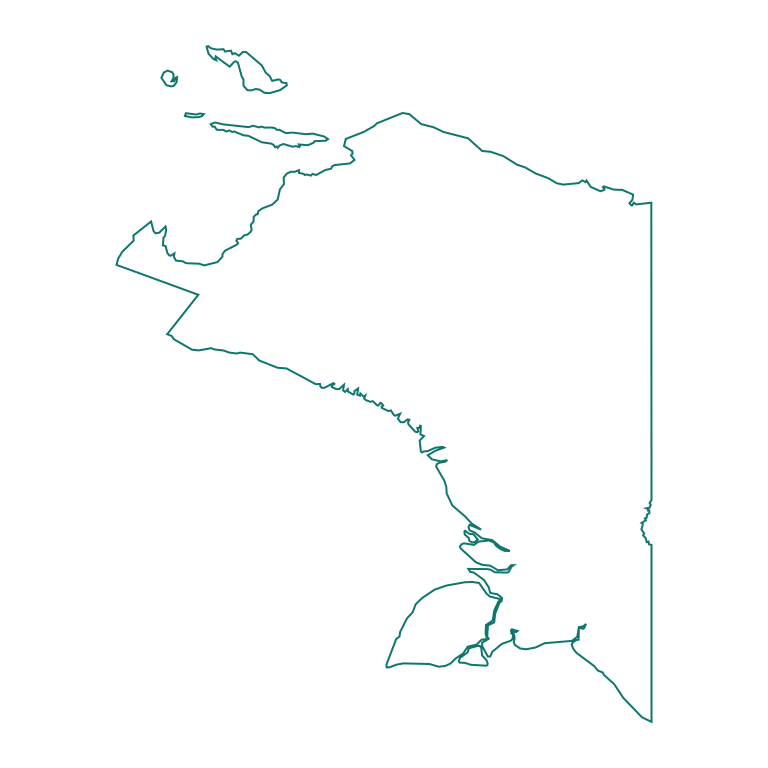 outline of Papua
{"feature_id": "IDN-558", "entity_name": "Papua", "entity_type": "Province", "adm_level": 1, "iso_a3": "IDN", "parent_name": "Indonesia", "parent_adm1": "", "projection": "mercator", "projection_center": [137.674, -4.867], "detail": "fine", "context": "isolated", "style": "outline", "palette": "teal", "viewbox_px": 768, "rotation_deg": 0, "n_neighbors": 0, "source": "natural_earth", "source_scale": "10m", "svg_char_len": 6078}
<svg xmlns="http://www.w3.org/2000/svg" viewBox="0 0 768 768"><path d="M651.3,202.7L651.5,500.0L649.6,503.1L650.7,504.7L649.6,507.7L646.4,508.3L647.8,508.8L648.0,510.5L649.3,510.4L649.4,513.1L647.1,514.5L646.6,517.8L644.9,518.4L645.8,520.3L641.5,523.0L642.6,523.6L642.7,525.1L641.4,529.4L644.2,533.5L643.1,535.4L645.6,538.1L646.7,542.1L648.6,541.6L648.9,544.2L651.5,544.9L651.5,721.9L642.0,717.3L623.3,697.9L614.3,684.3L604.0,675.0L602.8,672.5L597.9,670.6L594.0,665.9L576.5,652.9L573.1,648.6L571.7,644.6L572.4,642.9L575.7,640.3L578.6,639.7L578.8,629.0L580.6,627.8L582.9,628.9L584.2,628.0L586.0,623.9L583.4,626.3L578.9,627.1L577.3,636.8L571.9,640.9L544.7,643.2L535.5,647.5L526.0,649.3L520.0,648.4L514.9,644.9L513.7,642.0L514.6,638.6L514.1,634.4L512.0,631.5L516.0,632.1L517.5,631.0L511.9,629.3L511.0,630.2L511.5,633.5L513.1,634.6L512.5,639.1L510.6,640.8L501.8,643.9L492.5,651.6L490.2,656.5L487.9,656.6L482.2,646.1L482.2,642.6L488.7,638.8L487.2,636.7L487.9,625.4L494.2,622.4L495.2,613.5L499.4,602.9L501.7,600.9L502.0,597.9L497.5,594.3L490.2,592.9L488.7,587.3L484.0,580.0L473.9,572.6L470.2,571.8L468.3,568.9L487.1,569.1L490.3,569.6L495.0,572.3L507.1,572.6L508.5,572.1L511.7,566.5L513.7,565.2L511.0,565.2L507.3,569.4L499.5,570.1L497.6,570.1L490.4,565.7L482.2,564.8L475.8,562.2L460.7,548.5L459.9,546.6L461.4,544.4L463.9,543.3L474.0,544.9L478.6,541.6L489.2,540.5L493.8,542.4L496.1,545.8L500.4,549.0L504.7,550.9L509.9,551.0L500.1,546.6L492.0,540.0L481.8,538.3L474.5,532.4L469.5,530.3L468.5,526.9L469.5,524.8L481.1,529.6L471.6,523.5L465.4,516.7L452.3,505.4L446.7,493.5L446.3,486.9L444.3,480.6L436.1,466.5L436.8,464.2L439.4,462.7L445.2,461.7L447.4,460.1L440.9,461.4L431.9,459.3L427.8,455.2L435.3,450.8L444.1,447.6L442.5,446.9L435.4,447.7L427.4,451.2L423.7,451.4L422.1,452.5L420.9,451.6L419.7,440.5L424.0,436.1L420.4,434.3L420.9,426.2L420.2,425.7L419.4,427.9L417.4,427.9L418.2,431.4L417.3,432.2L415.2,431.7L408.5,424.4L408.0,422.5L409.3,419.7L407.7,419.3L403.7,422.3L400.5,422.1L397.9,418.6L400.1,413.7L395.6,415.7L394.1,415.3L390.8,410.4L388.6,411.1L382.0,408.0L381.5,406.8L383.2,405.5L381.4,403.2L380.5,402.8L378.3,405.5L377.2,405.4L372.8,401.2L370.3,401.8L365.9,400.1L364.2,398.5L365.2,395.6L363.7,396.8L360.4,393.5L359.9,395.7L357.2,394.6L358.1,388.5L354.4,391.1L354.4,393.5L353.3,394.6L348.0,391.5L347.8,389.2L345.1,391.9L343.1,390.4L344.0,384.7L339.3,389.0L336.5,389.2L331.7,387.0L332.0,385.5L334.3,383.9L333.5,383.1L324.4,387.8L321.8,387.8L320.4,386.4L320.0,384.0L315.6,384.1L286.4,368.4L277.8,367.8L259.4,360.6L252.7,354.2L240.2,352.6L236.8,353.5L229.3,352.6L223.9,350.6L214.3,349.4L211.3,348.2L198.8,350.4L192.0,349.7L174.0,339.3L171.5,335.9L167.2,334.2L198.3,294.8L116.5,264.9L118.1,258.9L122.1,252.0L133.7,240.6L133.4,235.5L151.1,221.5L153.6,231.2L155.6,233.3L159.2,232.7L165.5,226.5L166.2,229.7L165.1,235.9L163.5,237.6L162.9,245.3L165.6,246.2L167.3,252.9L169.2,255.3L170.5,255.8L174.4,253.4L173.8,256.7L176.0,260.6L182.7,261.3L186.1,263.2L199.1,263.7L204.3,265.4L217.4,262.1L222.4,256.8L222.5,254.2L225.0,250.7L236.9,244.6L238.1,243.1L236.4,240.6L237.3,238.9L240.7,238.7L244.2,235.4L247.8,234.4L250.8,231.7L251.6,229.9L250.8,224.8L253.5,221.5L253.8,216.6L256.5,214.2L257.6,214.3L258.4,211.2L262.3,208.4L272.3,204.6L277.7,199.5L279.9,189.4L283.9,184.3L283.7,177.5L286.8,173.6L290.7,171.8L294.8,171.8L298.9,170.1L298.9,172.9L303.8,173.9L304.6,175.0L306.8,174.5L310.9,175.6L312.5,173.9L316.1,175.0L325.4,170.0L331.1,168.7L332.1,166.3L334.5,165.1L350.1,163.4L354.5,159.9L351.1,155.4L352.6,153.4L352.2,151.0L344.0,146.1L345.8,138.9L363.6,132.0L374.5,125.8L376.9,123.3L402.5,113.0L409.3,114.1L421.2,124.1L433.5,127.2L443.6,132.0L468.1,138.3L482.2,151.0L490.7,151.8L503.1,156.0L517.1,164.7L525.1,167.4L535.5,173.4L548.5,178.3L556.6,183.2L563.3,184.6L578.7,183.1L582.3,180.4L585.5,182.1L586.5,180.5L590.7,186.9L600.4,191.2L604.1,190.0L604.5,189.1L602.9,187.2L603.9,186.4L613.7,189.6L622.2,189.9L633.1,194.6L632.4,199.8L629.4,203.3L631.4,205.4L632.3,205.4L633.7,202.7L636.3,204.4L651.3,202.7ZM489.8,596.5L500.7,599.2L498.2,602.0L494.2,610.7L492.8,620.4L486.0,625.0L485.6,633.7L487.1,639.2L481.7,639.6L476.6,644.6L467.7,646.7L463.1,653.6L455.6,658.5L450.6,663.5L445.1,666.0L438.6,666.7L429.4,664.0L403.3,663.4L396.2,664.7L389.7,667.3L386.6,667.3L386.5,664.4L396.2,639.0L399.5,636.5L400.2,631.8L407.0,618.4L412.6,612.3L415.8,604.1L422.3,597.9L434.7,589.6L446.7,585.5L464.6,582.3L472.2,581.9L479.1,583.0L486.4,593.5L489.8,596.5ZM286.4,83.1L286.8,85.4L279.9,90.2L269.4,93.2L264.5,92.8L259.5,89.6L255.9,89.0L251.0,90.4L247.5,90.2L243.5,85.8L243.5,79.5L241.8,76.8L238.0,62.9L236.0,61.3L234.3,61.7L229.7,66.7L215.7,56.4L215.3,58.2L216.3,60.2L213.6,59.2L208.5,53.7L206.6,46.7L208.1,46.1L210.8,48.2L216.8,49.6L223.5,49.2L225.0,51.5L231.0,50.7L232.4,54.2L234.8,53.1L238.9,55.7L243.0,51.9L246.2,52.1L261.8,65.4L265.7,72.7L269.6,76.0L272.2,80.9L278.3,79.4L280.2,79.9L281.7,82.4L286.4,83.1ZM323.9,136.4L328.0,139.1L325.8,140.7L314.5,141.2L313.3,142.9L307.8,145.2L298.9,144.5L299.9,146.2L299.2,147.2L296.2,146.1L292.6,146.7L283.4,144.0L279.6,145.5L277.7,147.8L276.7,146.5L275.0,147.2L273.7,145.0L271.3,143.6L261.9,142.3L248.3,135.8L243.5,135.3L234.2,131.5L232.1,132.0L229.3,130.4L226.2,131.5L223.3,129.9L216.8,129.8L214.6,126.6L212.4,126.6L210.8,124.1L215.1,122.5L223.5,124.4L248.4,127.1L253.2,125.8L259.2,127.4L261.4,126.6L264.5,127.6L271.8,127.5L275.0,128.2L276.7,129.8L279.4,129.8L285.8,133.1L292.6,132.6L305.7,134.2L312.5,133.6L323.9,136.4ZM486.5,660.2L487.6,663.2L487.5,664.9L486.2,665.7L470.8,664.8L465.3,662.9L459.6,662.6L458.8,661.0L460.1,657.8L467.5,652.5L468.9,648.3L477.6,645.9L480.1,646.1L481.3,648.0L482.1,655.4L486.5,660.2ZM177.1,77.1L176.6,82.2L173.8,85.8L171.4,86.4L166.4,85.2L161.4,77.8L163.8,72.5L167.6,70.6L172.3,72.3L173.6,74.9L173.3,78.4L171.5,81.3L174.2,81.2L175.5,77.8L177.1,77.1ZM473.3,534.2L477.8,539.5L474.5,542.2L472.1,542.3L469.4,541.0L468.7,537.9L464.7,534.5L464.4,531.5L465.1,530.8L469.2,533.8L473.3,534.2ZM199.9,113.5L203.8,114.1L202.0,116.1L199.1,117.1L192.1,117.4L184.9,116.0L185.9,113.2L196.2,114.5L199.9,113.5Z" fill="none" stroke="#0f766e" stroke-width="2"/></svg>